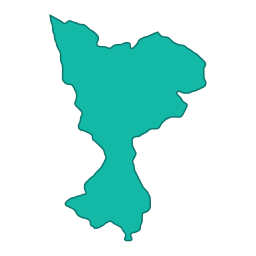 Bohechio, San Juan, Dominican Republic (orthographic projection)
{"feature_id": "3306468B96171292047706", "entity_name": "Bohechio", "entity_type": "district", "adm_level": 2, "iso_a3": "DOM", "parent_name": "Dominican Republic", "parent_adm1": "San Juan", "projection": "orthographic", "projection_center": [-71.007, 18.905], "detail": "fine", "context": "isolated", "style": "filled", "palette": "teal", "viewbox_px": 256, "rotation_deg": 0, "n_neighbors": 0, "source": "geoboundaries", "source_scale": "gbopen_adm2", "svg_char_len": 5709}
<svg xmlns="http://www.w3.org/2000/svg" viewBox="0 0 256 256"><path d="M203.6,68.5L204.2,67.4L205.1,65.9L205.4,65.2L205.5,64.1L205.4,63.3L205.2,62.9L204.5,61.8L203.6,60.8L198.5,55.9L196.8,54.3L195.7,53.6L193.7,52.6L190.5,50.0L189.7,49.6L187.7,48.5L185.2,46.5L184.1,45.8L182.8,45.3L179.0,44.9L177.7,44.5L173.7,42.5L172.6,41.6L169.4,38.6L168.3,37.7L167.8,37.5L166.9,37.3L163.1,36.9L162.2,36.6L161.8,36.4L160.7,35.7L159.8,34.7L158.9,33.7L157.8,32.2L156.5,32.7L154.3,33.4L152.0,34.6L150.3,35.3L147.9,36.5L144.3,37.3L140.4,39.2L139.7,39.8L138.8,40.7L137.6,43.1L136.7,44.3L135.8,45.4L133.8,47.5L133.1,48.0L132.3,48.4L131.5,48.4L131.1,48.3L130.7,48.1L130.5,47.7L130.3,47.0L130.1,44.6L129.9,43.8L129.7,43.5L129.3,43.2L128.5,42.9L127.2,42.7L125.8,42.8L124.9,43.0L124.0,43.3L122.1,44.3L121.2,44.5L119.8,44.7L116.4,44.8L115.0,45.1L114.5,45.2L113.7,45.7L111.5,47.5L110.7,48.0L109.8,48.3L108.9,48.3L108.1,48.1L106.2,47.2L105.3,47.0L103.9,46.8L100.5,46.7L99.1,46.5L98.2,46.1L97.6,45.6L97.0,44.9L96.9,44.4L96.7,43.5L96.9,42.7L98.0,40.5L98.3,39.1L98.3,38.2L98.2,37.3L98.1,36.8L97.6,35.9L97.1,35.2L96.1,34.1L93.9,32.1L92.7,31.2L90.7,30.2L89.9,29.7L88.8,28.7L86.3,26.4L85.6,25.8L84.8,25.2L84.3,25.0L83.4,24.7L80.1,24.4L79.2,24.2L78.3,23.9L76.4,23.0L73.2,22.1L70.9,21.1L70.1,20.9L69.2,20.9L68.3,21.2L67.6,21.7L66.2,22.8L65.5,23.3L64.7,23.5L64.2,23.5L63.8,23.3L63.1,22.9L61.3,21.4L60.5,20.9L58.8,20.1L56.6,18.8L54.5,17.8L52.6,16.6L50.2,15.4L51.0,21.3L51.2,22.2L52.1,24.1L52.4,25.0L52.6,26.5L52.8,29.7L52.9,31.2L53.2,32.2L54.1,34.1L54.4,35.0L54.5,35.9L54.8,38.8L55.0,39.7L55.3,40.6L56.2,42.5L57.1,46.2L58.3,48.5L59.1,50.2L60.1,52.1L60.5,53.5L60.6,55.0L60.7,59.7L60.9,61.2L61.3,62.6L62.2,64.5L62.4,65.5L62.6,66.5L62.7,69.7L62.6,77.1L62.6,78.7L62.8,79.7L63.2,80.6L63.8,81.4L64.4,82.2L65.5,83.2L66.4,83.7L67.3,84.0L68.2,84.2L70.4,84.4L71.7,84.8L72.0,85.0L72.6,85.6L73.9,87.7L74.3,88.4L75.0,90.1L76.2,92.5L76.4,93.5L76.6,94.5L76.6,96.6L76.4,98.7L76.1,100.1L75.3,101.6L75.0,102.4L74.9,103.3L75.1,104.2L75.5,105.1L76.0,105.8L77.1,106.9L80.7,110.5L81.6,111.6L82.0,112.5L82.2,113.4L82.1,114.3L80.9,117.0L80.7,117.9L80.3,120.7L80.1,121.7L79.8,122.5L78.9,124.4L78.6,125.3L78.6,126.7L78.7,127.7L78.9,128.1L79.1,128.5L79.6,129.2L80.7,130.0L81.6,130.2L83.8,130.7L84.7,131.0L86.7,131.9L88.8,132.8L91.5,134.6L91.8,134.9L92.2,135.7L92.4,136.5L92.6,138.6L92.9,139.4L93.1,139.7L93.7,140.3L95.5,141.6L98.1,144.1L101.8,147.8L102.9,148.9L103.5,149.7L104.1,151.0L104.8,153.8L105.9,156.5L106.0,157.4L106.0,157.8L105.8,158.7L104.8,160.6L104.1,162.3L102.8,164.5L102.0,166.2L101.5,167.0L100.2,168.6L95.9,172.9L95.0,174.0L93.9,175.7L91.8,177.2L89.5,179.1L86.3,182.3L85.6,183.1L85.1,183.9L84.8,184.4L84.6,185.3L84.5,186.3L84.5,187.7L84.6,188.7L84.8,189.6L86.0,192.1L86.0,192.9L85.9,193.3L85.7,193.6L85.1,194.1L82.7,194.7L80.4,195.7L77.1,196.4L76.3,196.7L74.3,197.6L71.1,198.3L70.3,198.7L68.7,199.8L66.9,201.4L65.7,202.7L65.4,203.5L65.4,204.0L65.4,204.4L65.8,205.1L66.4,205.6L67.1,206.0L68.7,206.7L70.7,207.7L72.4,208.4L73.2,208.9L74.0,209.6L75.0,210.6L75.6,211.4L76.1,212.2L76.7,213.5L77.1,214.2L77.7,214.9L78.3,215.5L79.1,216.0L82.7,217.7L83.6,217.9L85.9,218.4L86.7,218.7L88.9,219.9L89.6,220.4L89.8,220.7L90.2,221.5L90.6,224.4L90.9,225.2L91.4,225.7L92.1,226.1L93.1,226.5L93.7,226.9L94.1,227.5L94.4,228.2L96.8,228.1L97.8,227.9L98.6,227.6L102.6,225.6L105.7,223.1L106.5,222.6L109.6,221.2L110.3,221.1L110.8,221.2L111.2,221.4L111.9,221.8L113.7,223.3L114.5,223.8L116.2,224.6L118.1,225.7L120.1,226.7L120.8,227.2L121.4,227.8L122.0,228.5L123.0,230.5L125.1,233.2L125.6,234.1L125.7,234.5L125.8,234.9L125.8,235.8L125.6,236.6L124.7,238.2L124.7,239.0L124.8,239.4L125.0,239.8L125.3,240.1L125.7,240.3L126.5,240.5L127.8,240.6L129.2,240.6L130.5,240.5L131.2,240.1L131.5,239.8L131.7,239.4L131.8,239.0L131.8,238.3L130.8,236.3L130.6,235.5L130.7,234.6L130.9,234.2L131.1,233.8L131.7,233.2L132.5,232.7L132.9,232.6L135.6,232.1L136.4,231.8L139.0,230.4L139.6,229.9L139.8,229.5L140.1,228.7L140.6,225.1L140.9,224.3L141.8,222.3L142.0,221.3L142.1,219.8L142.2,215.2L142.4,213.9L142.9,213.1L143.2,212.9L143.9,212.6L146.0,212.1L146.8,211.6L147.6,211.1L148.7,210.0L149.3,209.3L149.8,208.4L150.0,207.9L150.2,206.9L150.3,205.4L150.2,201.3L150.1,198.7L150.0,197.7L149.8,196.7L149.4,195.9L148.6,194.4L147.8,192.7L147.3,191.9L146.7,191.2L143.7,187.9L142.6,186.4L141.8,184.7L140.5,182.4L139.8,180.7L138.6,178.4L137.8,176.7L136.6,174.4L135.8,172.7L134.8,170.8L134.5,169.9L134.3,169.0L133.9,165.7L133.7,164.8L132.7,162.5L132.6,162.0L132.6,161.1L132.7,160.7L133.1,159.9L135.6,154.9L135.8,154.1L135.8,153.1L135.8,152.7L135.4,151.9L134.6,150.4L133.9,148.8L132.8,146.8L132.4,145.5L132.2,144.1L132.1,142.1L132.1,140.6L132.4,139.2L132.6,138.8L133.1,138.0L133.7,137.4L134.5,137.0L135.4,136.7L138.5,136.4L139.6,136.1L141.0,134.9L142.5,134.2L144.3,133.1L146.4,132.1L149.1,129.9L150.3,129.2L151.2,129.0L152.2,128.8L156.5,128.7L157.4,128.5L158.3,128.2L159.0,127.6L159.5,127.0L160.0,126.2L160.7,124.6L161.6,123.5L162.5,122.4L163.9,121.0L165.0,120.0L165.8,119.4L169.8,117.4L170.7,117.1L172.1,116.9L174.2,116.9L178.3,117.0L179.8,117.0L180.7,116.8L181.1,116.6L181.7,116.1L183.5,113.3L184.4,111.2L185.7,108.9L186.9,106.2L187.1,105.5L187.1,105.1L186.8,104.4L186.3,103.8L185.7,103.3L183.9,102.3L182.9,101.5L182.4,100.8L181.5,99.2L181.0,98.4L180.1,97.3L177.4,94.6L176.9,93.9L176.8,93.5L176.7,93.1L176.8,92.7L177.0,92.3L177.2,92.0L177.8,91.5L178.2,91.3L179.1,91.2L179.9,91.4L182.1,92.5L183.5,92.9L184.9,93.0L186.4,93.1L187.9,93.0L188.8,92.9L189.8,92.7L191.7,91.7L192.5,91.4L195.7,90.7L198.0,89.5L199.7,88.8L201.7,87.8L203.3,87.1L204.4,86.4L205.0,85.8L205.4,85.0L205.7,84.1L205.8,83.2L205.7,82.2L205.4,81.3L204.3,79.0L204.0,77.5L203.8,75.5L203.8,71.3L203.6,68.5Z" fill="#14b8a6" stroke="#0f766e" stroke-width="1.5"/></svg>